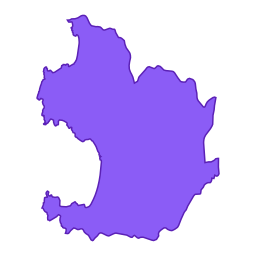 Kathu, Phuket, Thailand (Equal Earth projection)
{"feature_id": "78962969B91269894651951", "entity_name": "Kathu", "entity_type": "district", "adm_level": 2, "iso_a3": "THA", "parent_name": "Thailand", "parent_adm1": "Phuket", "projection": "equal_earth", "projection_center": [98.291, 7.922], "detail": "fine", "context": "isolated", "style": "filled", "palette": "violet", "viewbox_px": 256, "rotation_deg": 0, "n_neighbors": 0, "source": "geoboundaries", "source_scale": "gbopen_adm2", "svg_char_len": 5620}
<svg xmlns="http://www.w3.org/2000/svg" viewBox="0 0 256 256"><path d="M189.5,78.4L188.0,78.9L187.3,79.5L186.1,81.3L185.5,82.0L183.4,82.1L181.1,81.7L180.3,81.1L177.9,77.9L174.5,72.7L173.3,71.6L171.9,71.2L165.9,70.6L164.0,70.1L163.5,69.7L161.5,67.6L160.1,66.4L158.2,65.8L157.3,66.0L155.3,68.0L154.1,68.6L149.2,66.7L147.7,67.1L146.8,67.9L145.1,70.1L139.3,76.6L138.8,77.4L137.9,80.3L137.4,81.4L134.4,83.1L132.9,77.2L131.5,74.1L130.6,72.5L129.6,69.9L129.3,68.8L129.1,65.3L129.6,61.8L130.5,57.8L130.4,55.5L129.9,53.3L129.0,51.8L126.2,47.8L124.9,44.2L124.3,40.7L123.6,40.0L121.5,38.2L120.1,37.6L118.6,37.5L118.3,37.2L115.7,32.5L115.0,30.0L114.5,29.3L112.6,29.2L110.6,28.4L109.5,28.3L105.4,29.8L104.1,30.1L103.0,29.7L101.0,27.6L100.1,27.0L97.8,26.6L95.9,26.7L91.7,25.8L91.0,25.3L89.5,23.3L87.0,17.8L85.6,16.0L84.2,15.4L82.7,15.4L81.2,15.8L78.0,17.8L76.3,18.4L74.8,18.8L71.7,18.9L69.6,20.0L67.4,20.1L68.6,22.0L70.1,22.1L71.3,21.9L71.9,22.0L72.2,22.5L72.7,24.9L72.7,26.0L72.1,27.3L71.3,27.6L71.1,27.9L72.1,28.8L71.7,29.7L71.7,30.1L72.7,30.8L72.4,31.5L72.4,32.0L73.0,32.6L73.1,34.1L73.3,34.8L74.0,35.5L75.6,36.1L75.9,36.0L76.6,34.8L77.4,35.0L77.9,35.5L78.4,36.4L78.9,38.3L79.2,42.1L79.1,43.8L77.4,55.7L76.5,59.6L75.2,62.0L74.2,63.2L73.9,64.0L72.9,64.3L69.0,66.6L68.6,66.4L68.4,64.6L67.6,64.1L66.3,64.3L65.9,65.0L65.6,65.1L64.6,64.6L63.2,64.5L62.6,65.4L61.7,65.6L61.3,67.9L54.6,72.3L52.8,72.7L50.6,70.4L50.0,70.3L49.3,70.9L47.9,70.9L47.3,70.1L47.4,68.9L46.7,68.5L46.6,67.3L46.3,67.0L45.7,67.0L44.6,67.8L43.9,68.9L43.8,70.1L43.4,71.7L44.2,72.7L43.8,74.0L44.2,74.8L44.4,76.3L44.2,77.5L44.8,78.5L44.8,79.1L43.2,79.6L42.5,81.0L41.8,81.8L41.4,83.7L40.6,85.7L39.7,88.8L39.4,90.7L39.2,91.3L38.8,91.6L38.5,93.5L38.0,94.3L37.0,98.0L37.5,98.9L38.1,98.9L39.1,100.0L39.8,99.8L40.7,98.5L41.2,98.5L41.5,98.9L42.7,99.1L43.0,99.5L43.1,100.2L42.5,101.6L42.5,102.3L43.1,104.5L44.2,106.1L44.2,107.6L44.0,108.2L43.4,108.8L42.7,110.3L42.7,112.1L42.1,113.4L41.9,115.0L42.0,115.3L42.4,115.7L43.6,115.4L44.0,115.7L44.1,116.1L43.8,116.8L44.3,117.7L44.1,119.4L44.4,119.8L44.7,120.8L45.2,121.1L44.9,122.3L45.3,123.0L45.6,123.1L45.5,123.3L44.6,123.1L44.1,123.4L43.6,123.9L43.8,124.4L45.3,124.7L45.9,124.5L46.0,123.7L46.6,123.7L47.6,123.1L48.2,122.6L48.7,121.5L49.1,121.3L50.5,119.2L51.0,119.1L51.8,119.3L53.5,120.2L53.6,122.3L54.4,124.7L55.3,125.8L55.8,125.9L56.9,125.0L58.2,124.7L58.4,124.3L58.4,121.3L59.4,120.0L62.2,120.3L64.0,121.0L66.7,122.6L67.2,123.7L66.9,124.4L66.8,124.9L67.0,125.3L67.3,125.2L67.5,125.7L68.3,126.9L68.5,127.6L69.0,128.2L69.6,128.3L70.8,127.3L71.6,127.4L71.8,127.9L71.5,129.7L72.4,130.8L73.1,132.6L74.4,132.9L74.9,133.3L75.2,134.6L75.1,135.9L75.3,136.6L76.0,137.2L76.8,137.4L77.8,138.5L80.4,140.4L82.4,141.6L83.1,141.6L83.5,141.2L84.2,141.0L84.9,140.0L86.0,139.6L88.1,139.5L89.8,138.9L90.6,139.2L91.9,140.8L92.7,141.0L95.0,144.6L96.2,146.8L97.8,151.2L99.1,153.2L99.2,153.8L99.0,154.3L99.1,155.0L99.8,155.3L100.4,156.1L99.6,156.7L99.7,156.9L100.5,156.9L100.0,157.4L99.8,158.5L100.2,159.9L100.8,160.0L101.3,160.5L101.4,162.1L100.1,175.2L99.2,180.8L97.9,186.6L96.7,190.8L95.2,195.2L93.4,199.4L91.0,204.2L89.7,206.0L88.9,206.6L86.8,207.5L85.4,207.4L84.9,206.7L84.5,204.9L84.0,204.4L78.3,205.5L78.0,205.2L77.3,204.0L77.0,203.7L76.5,203.6L75.4,202.1L75.0,201.8L71.8,203.6L70.5,205.7L70.2,205.8L66.3,206.8L61.3,206.5L60.0,206.0L59.7,205.5L59.9,200.5L58.8,198.0L58.2,197.3L57.6,197.0L54.8,197.4L53.5,197.0L52.6,197.0L51.9,196.3L51.8,195.5L51.5,195.0L50.8,195.1L50.3,195.9L49.3,195.9L48.6,195.2L48.2,194.3L48.2,193.7L48.7,192.6L48.7,192.0L47.6,191.1L47.3,191.2L46.3,192.4L46.1,193.5L46.1,194.0L46.7,195.0L46.8,195.8L47.3,196.6L47.3,197.1L45.2,197.4L44.6,197.8L44.3,200.4L44.3,202.1L44.1,202.7L43.4,202.9L43.4,204.8L42.0,208.0L42.7,208.1L43.1,208.4L43.9,210.0L44.9,211.4L45.7,212.0L46.8,212.4L47.0,212.9L47.2,214.1L47.9,215.4L47.6,217.7L47.8,219.8L48.9,220.1L49.6,220.7L50.0,220.6L56.5,216.7L58.5,214.7L58.8,214.7L60.3,215.7L60.6,216.2L60.1,218.2L59.9,220.2L60.5,222.9L61.2,223.7L61.4,225.9L61.9,226.3L62.5,226.4L62.7,227.4L63.4,227.9L65.2,228.2L66.2,229.1L66.1,231.1L65.4,233.3L67.7,233.6L68.6,233.3L70.7,230.6L73.5,228.1L74.9,228.2L77.5,229.5L78.9,229.5L80.9,228.8L82.0,228.9L83.1,229.6L84.3,232.0L85.7,233.4L88.5,235.3L91.1,239.9L92.5,240.6L93.2,240.3L94.8,238.2L97.4,235.8L99.0,233.6L100.4,232.9L101.1,232.9L102.4,233.3L106.9,235.5L108.4,235.9L109.2,235.8L113.0,234.0L114.7,233.3L116.0,233.1L126.8,235.1L130.6,237.1L131.5,237.3L132.3,237.2L133.7,235.7L134.5,235.4L137.3,237.7L138.2,238.1L138.9,238.1L140.3,237.4L142.1,237.2L143.5,237.3L152.0,240.2L153.7,240.5L156.5,239.4L158.7,235.9L158.5,234.4L158.5,233.4L159.2,231.7L160.9,230.1L163.5,228.2L164.7,227.8L165.5,227.9L166.3,228.2L167.4,229.2L168.4,229.7L169.9,230.3L171.6,230.6L172.5,230.4L175.0,229.1L177.5,227.3L178.6,225.5L181.1,219.1L184.1,212.5L185.0,211.2L186.2,209.8L187.7,206.1L193.7,195.8L194.8,194.6L195.3,194.3L199.9,194.0L200.5,193.7L200.7,193.0L201.1,189.9L203.4,187.1L204.3,185.0L205.5,183.9L206.7,183.2L207.8,182.7L210.3,182.6L211.0,181.8L211.5,180.6L211.8,179.5L211.7,179.1L211.8,178.2L213.9,178.5L214.8,175.2L216.2,176.0L217.0,176.1L218.1,175.4L219.0,173.8L218.4,167.0L218.5,158.4L217.6,158.4L215.7,158.8L214.4,160.2L211.8,161.6L211.0,161.9L208.5,161.9L205.0,162.6L203.6,142.8L203.7,140.9L204.0,139.0L204.4,137.5L205.6,135.1L210.5,128.6L211.9,126.2L212.7,124.3L213.0,115.3L214.1,109.9L214.5,105.5L215.9,97.6L214.5,97.1L212.9,97.6L209.3,100.0L207.4,101.8L206.2,103.8L205.0,106.7L204.3,107.1L203.3,106.9L198.3,100.9L197.4,99.2L197.0,97.4L196.8,93.1L195.9,89.0L195.3,83.6L194.8,82.0L193.5,80.2L192.6,79.5L189.5,78.4Z" fill="#8b5cf6" stroke="#5b21b6" stroke-width="1.5"/></svg>